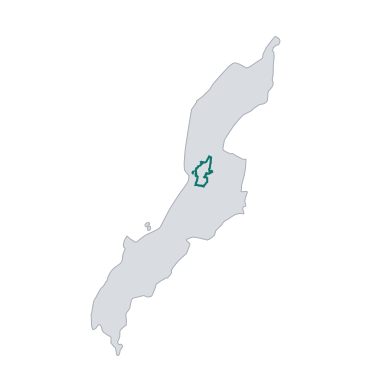 Salima, Salima, Malawi (highlighted), rotated 219°
{"feature_id": "42251766B16377643813547", "entity_name": "Salima", "entity_type": "district", "adm_level": 2, "iso_a3": "MWI", "parent_name": "Malawi", "parent_adm1": "Salima", "projection": "equal_earth", "projection_center": [34.375, -13.765], "detail": "fine", "context": "in_parent", "style": "outline", "palette": "teal", "viewbox_px": 384, "rotation_deg": 219, "n_neighbors": 0, "source": "geoboundaries", "source_scale": "gbopen_adm2", "svg_char_len": 7121}
<svg xmlns="http://www.w3.org/2000/svg" viewBox="0 0 384 384"><g transform="rotate(219 192 192)"><path d="M156.0,226.4L154.2,223.2L152.8,224.0L150.7,226.3L149.6,226.9L149.0,226.8L148.7,226.3L148.2,224.8L146.6,220.6L144.8,217.6L143.0,216.5L141.4,215.1L142.1,213.8L142.8,212.8L142.5,211.9L141.6,210.4L138.3,208.3L138.2,207.4L141.2,205.6L143.0,203.5L144.3,201.5L145.9,197.0L147.2,192.5L148.1,191.0L148.5,188.0L148.2,184.7L148.9,180.4L149.2,176.4L148.2,174.8L147.4,172.1L148.3,167.5L149.9,164.3L157.3,160.9L162.5,157.9L163.6,156.6L165.3,154.0L166.3,151.5L165.6,150.8L161.5,150.7L160.5,149.7L157.6,140.9L159.2,130.8L159.3,126.8L159.3,121.9L158.8,118.3L157.5,116.8L156.7,114.9L156.9,109.6L158.1,109.0L160.7,102.0L161.8,97.9L160.4,94.6L158.9,89.9L158.2,86.9L157.8,85.9L158.9,84.0L160.6,82.3L162.6,81.8L164.6,80.9L171.1,72.2L171.2,70.5L170.0,67.6L167.6,63.2L167.1,61.4L166.8,56.1L165.8,54.5L162.2,51.0L159.4,47.2L160.3,43.4L160.8,39.3L159.4,37.0L157.4,34.6L156.1,31.2L155.5,28.6L153.9,27.6L152.5,27.5L151.4,29.1L150.2,29.0L148.8,28.4L148.3,26.2L148.3,23.8L147.3,22.2L146.4,19.9L146.2,18.7L146.8,18.3L148.1,18.1L153.3,22.7L156.5,22.9L160.1,23.7L163.1,27.8L164.7,28.3L166.7,27.7L172.4,27.3L174.7,27.9L177.7,30.3L178.8,30.6L180.7,30.7L181.0,30.0L181.2,28.6L180.9,25.8L181.3,24.3L182.4,22.7L185.6,24.6L193.4,33.4L193.6,34.5L198.6,43.2L200.2,46.9L200.2,48.8L201.7,56.4L202.1,60.0L201.7,62.7L201.8,64.9L202.4,68.0L202.2,69.3L204.0,73.8L204.8,77.6L205.0,81.3L204.5,85.0L202.9,90.3L202.7,92.4L203.0,94.4L204.0,96.5L205.7,98.7L207.0,101.5L207.8,104.7L208.6,106.2L209.5,106.1L211.1,106.6L212.5,108.5L214.0,111.6L214.6,115.3L214.8,116.8L210.3,116.7L204.7,117.3L203.4,118.7L202.9,121.9L201.2,128.4L200.2,130.8L198.1,135.1L195.2,141.3L194.6,143.3L194.7,145.3L196.4,153.7L198.2,162.5L198.8,165.9L200.1,177.6L200.8,185.8L200.9,190.6L201.5,197.1L203.1,200.6L204.8,202.8L211.1,204.1L213.0,205.7L216.5,209.8L224.3,221.2L228.6,228.5L232.3,234.9L239.1,246.7L244.3,255.9L244.9,264.6L245.8,265.8L244.0,272.2L242.8,282.6L243.6,289.4L243.2,301.1L242.3,313.6L241.0,318.0L239.5,319.7L235.9,321.1L227.9,322.6L226.7,324.1L225.6,326.5L224.0,332.2L222.1,338.0L221.5,340.4L221.8,341.0L223.6,344.0L225.2,351.5L225.5,364.4L224.9,365.3L222.6,365.9L220.0,365.7L219.0,365.0L218.0,363.5L217.4,360.8L219.0,358.9L219.6,355.5L218.6,352.6L216.4,352.0L213.7,349.4L207.9,340.7L203.1,334.7L200.3,329.7L197.4,327.7L196.6,326.4L195.9,324.3L195.9,321.3L196.1,319.0L195.2,316.5L192.3,312.6L191.0,310.4L190.9,307.8L192.1,305.3L194.6,302.3L196.5,296.1L197.2,292.1L200.7,284.0L201.2,277.0L201.3,271.4L201.1,267.2L200.2,258.6L199.5,252.7L195.2,244.9L193.8,244.2L189.6,244.9L186.1,246.0L184.3,247.6L181.7,247.7L174.7,249.1L172.6,249.6L171.3,251.0L170.6,251.3L166.2,245.3L162.3,238.8L157.4,227.8L156.0,226.4ZM206.7,140.8L205.5,141.2L204.8,140.4L205.0,138.0L205.4,136.3L206.6,136.0L207.4,136.4L208.0,137.2L208.0,138.5L207.6,139.8L206.7,140.8ZM204.1,136.5L203.5,138.9L202.1,138.8L200.8,136.7L201.2,135.1L202.4,134.5L203.5,135.2L204.1,136.5Z" fill="#d9dde1" stroke="#a8b0b8" stroke-width="1"/><path d="M201.1,230.5L201.0,230.1L200.9,229.5L200.8,229.1L200.7,228.6L200.5,228.3L200.5,228.0L200.5,227.7L200.5,227.2L200.4,226.9L200.4,226.6L200.3,226.3L200.1,225.8L200.1,225.4L200.0,224.9L199.9,224.4L200.0,224.2L200.1,223.9L200.2,223.7L200.4,223.3L200.7,223.0L200.9,222.8L201.1,222.6L201.3,222.6L201.3,222.4L201.4,222.2L201.5,222.2L201.8,221.8L201.8,221.7L201.9,221.4L202.0,221.2L202.0,220.7L202.0,220.4L202.3,219.9L202.4,219.5L202.4,219.0L202.3,218.7L202.2,218.4L202.1,218.5L202.1,218.8L202.1,218.7L202.1,218.4L202.2,218.1L202.2,217.9L202.4,217.5L203.1,216.2L203.4,215.7L203.2,215.6L203.1,215.4L203.0,215.2L202.9,215.0L202.9,214.8L203.0,214.3L203.2,213.9L203.5,213.5L203.6,213.3L203.6,213.1L203.7,212.9L203.6,212.7L203.4,212.6L203.1,212.5L203.0,212.1L202.9,212.0L202.7,211.9L202.6,211.1L202.6,210.9L202.5,210.7L202.3,210.7L202.1,210.5L201.8,210.3L201.7,210.2L201.8,210.3L201.7,210.3L201.5,210.0L201.3,209.7L201.1,209.5L200.9,209.2L200.8,208.8L200.7,208.5L200.6,208.4L200.6,208.5L200.4,208.4L200.2,207.8L200.0,207.7L199.8,207.6L200.0,207.8L199.9,208.0L200.0,208.1L199.9,208.3L199.8,208.1L199.8,208.3L199.7,208.2L199.8,208.1L199.8,207.8L199.7,207.7L199.5,207.4L199.6,207.2L199.3,206.9L198.9,206.9L198.8,207.1L198.7,207.1L198.6,207.3L198.3,207.5L198.1,207.6L197.7,207.6L197.3,207.5L197.3,207.4L197.2,207.3L197.2,207.2L197.0,206.8L196.8,206.6L196.7,206.5L196.6,206.4L196.3,206.0L196.2,205.7L196.1,205.4L196.0,205.2L195.9,205.0L195.9,204.9L195.6,204.6L195.5,204.4L195.2,203.5L195.0,203.2L194.9,203.1L194.9,202.8L195.0,202.4L194.9,202.2L194.8,201.7L194.7,201.3L194.6,201.2L194.2,200.8L193.9,200.4L193.8,200.1L193.6,199.8L193.6,199.6L193.4,199.7L193.2,200.3L192.9,200.5L192.9,200.8L192.7,200.9L192.4,201.0L192.0,200.9L191.7,201.0L191.3,201.0L191.0,201.0L190.9,201.1L190.8,201.3L190.7,201.4L190.6,201.6L190.4,201.8L190.1,201.8L189.9,202.0L189.7,201.9L189.5,202.0L189.4,202.2L189.4,202.4L189.3,202.5L189.2,202.5L189.1,202.4L188.7,202.7L188.7,202.9L188.3,203.0L188.1,202.8L187.8,203.0L187.6,203.1L187.5,203.4L187.3,203.4L187.1,203.4L187.1,203.6L186.9,203.5L186.7,203.5L186.6,203.9L186.4,203.9L186.6,204.8L186.6,206.7L186.7,207.6L186.7,208.2L186.6,208.8L186.4,209.2L186.5,209.3L188.8,212.3L189.0,212.3L189.3,212.4L189.5,212.5L189.6,212.4L189.9,212.4L190.0,212.3L190.2,212.2L190.5,212.3L190.6,212.0L190.8,212.0L191.0,211.8L191.2,211.7L191.3,211.7L191.7,211.5L191.7,211.4L191.8,211.3L191.8,211.2L192.0,211.2L192.0,211.4L192.0,211.5L191.9,211.7L191.8,211.8L191.9,212.0L191.9,212.4L191.8,212.9L191.9,213.6L192.0,213.9L191.9,214.4L192.1,214.4L192.4,214.6L192.6,214.6L192.6,215.0L192.7,215.4L192.7,215.5L192.7,215.8L192.4,215.9L192.3,216.0L192.0,215.9L191.9,216.0L191.7,216.0L191.2,216.1L190.9,216.3L190.5,216.6L190.4,216.7L190.5,216.9L190.5,217.2L190.5,217.3L190.4,217.4L190.5,217.4L190.5,217.5L190.7,217.9L190.6,218.1L190.7,218.3L190.3,218.3L190.2,218.4L190.1,218.6L189.9,218.8L189.7,219.0L188.9,220.3L189.0,220.4L189.1,220.5L189.2,220.4L189.3,220.6L189.4,220.8L189.5,220.8L190.0,220.4L190.1,220.2L190.3,220.0L190.5,219.9L190.6,219.7L190.7,220.0L190.9,219.7L191.0,219.8L191.1,219.7L191.2,219.8L191.3,219.8L191.4,219.7L191.5,219.6L191.9,219.6L192.0,219.5L192.4,219.9L192.9,220.4L193.1,220.5L193.3,220.8L193.3,221.0L193.1,221.3L193.1,221.6L193.5,222.1L193.7,222.4L193.7,222.6L193.8,222.8L194.0,223.1L194.4,223.6L194.5,223.7L194.7,224.2L195.0,224.6L195.1,224.9L195.4,225.3L195.5,225.4L195.6,225.8L195.7,226.2L195.8,226.4L195.8,226.5L196.0,226.5L196.5,227.0L196.8,227.6L197.2,228.4L197.6,228.6L197.8,228.8L197.9,229.0L197.9,229.3L198.0,229.4L198.1,229.6L198.3,230.0L198.6,230.0L198.8,230.4L198.9,230.7L199.0,230.9L199.5,230.7L200.0,230.7L200.4,230.6L200.6,230.6L200.8,230.6L201.1,230.5ZM203.8,208.7L204.0,208.5L204.0,208.4L203.9,208.1L203.9,207.7L203.8,207.4L203.6,207.1L203.4,207.0L203.2,207.0L203.3,207.3L203.5,207.9L203.8,208.6L203.8,208.7ZM203.4,220.9L203.3,221.0L203.4,221.3L203.5,221.4L203.5,221.5L203.7,221.4L203.8,221.2L203.7,221.2L203.4,220.9ZM203.2,220.8L203.2,220.7L203.0,220.8L203.2,220.8ZM204.1,222.1L204.1,221.9L204.1,222.0L204.1,222.1Z" fill="none" stroke="#0f766e" stroke-width="2"/></g></svg>